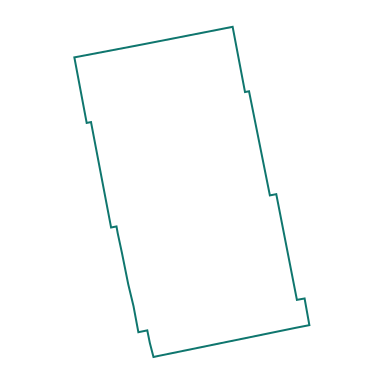 outline of Sheridan, Nebraska, United States of America, rotated 349°
{"feature_id": "52423323B83294876539850", "entity_name": "Sheridan", "entity_type": "district", "adm_level": 2, "iso_a3": "USA", "parent_name": "United States of America", "parent_adm1": "Nebraska", "projection": "albers", "projection_center": [-102.456, 42.502], "detail": "fine", "context": "isolated", "style": "outline", "palette": "teal", "viewbox_px": 384, "rotation_deg": 349, "n_neighbors": 0, "source": "geoboundaries", "source_scale": "gbopen_adm2", "svg_char_len": 474}
<svg xmlns="http://www.w3.org/2000/svg" viewBox="0 0 384 384"><g transform="rotate(349 192 192)"><path d="M268.4,345.1L281.8,345.1L282.2,318.0L274.4,317.9L274.3,210.2L267.8,210.2L267.2,104.0L263.1,104.0L263.4,37.6L182.0,37.7L171.4,37.7L102.2,37.4L101.8,104.1L106.2,104.1L105.8,211.4L111.3,211.4L111.2,218.2L111.6,238.7L111.8,270.4L112.8,292.9L112.6,319.4L121.7,319.3L121.8,332.1L122.7,346.6L127.4,346.5L268.4,345.1Z" fill="none" stroke="#0f766e" stroke-width="2"/></g></svg>